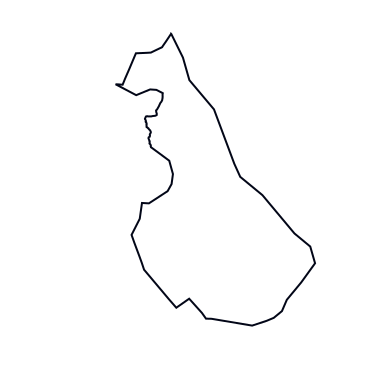 Bayancogt, Töv, Mongolia (Natural Earth projection), rotated 242°
{"feature_id": "93677404B67645027022148", "entity_name": "Bayancogt", "entity_type": "district", "adm_level": 2, "iso_a3": "MNG", "parent_name": "Mongolia", "parent_adm1": "Töv", "projection": "natural_earth1", "projection_center": [106.234, 48.109], "detail": "fine", "context": "isolated", "style": "outline", "palette": "ink", "viewbox_px": 384, "rotation_deg": 242, "n_neighbors": 0, "source": "geoboundaries", "source_scale": "gbopen_adm2", "svg_char_len": 2205}
<svg xmlns="http://www.w3.org/2000/svg" viewBox="0 0 384 384"><g transform="rotate(242 192 192)"><path d="M341.5,247.8L341.4,247.7L340.9,246.7L336.7,238.9L335.9,237.3L334.5,234.6L333.9,233.6L334.2,226.4L334.4,221.1L334.6,220.7L336.4,216.8L340.8,207.6L336.1,201.8L329.9,194.2L323.8,186.5L322.9,185.4L321.7,184.0L319.3,181.1L321.4,177.8L323.0,175.1L303.7,188.2L302.2,203.2L298.9,208.5L293.0,212.6L292.5,212.3L292.1,212.0L291.8,211.7L291.4,211.5L291.0,211.3L290.6,211.2L290.3,211.0L290.1,210.9L289.6,210.5L289.0,210.3L288.3,209.7L287.7,209.2L287.2,208.9L286.8,208.4L286.0,207.2L285.6,206.1L285.2,205.5L284.9,205.1L284.0,203.9L283.4,203.2L282.0,201.0L281.3,199.9L281.0,198.9L280.9,198.6L280.0,198.2L279.1,197.9L277.8,197.7L277.2,197.4L276.5,196.9L276.5,196.3L276.6,195.2L277.3,193.5L277.5,193.0L277.9,191.5L278.8,189.8L279.5,188.5L280.0,188.0L280.1,187.5L280.3,187.0L280.1,186.6L279.8,186.1L279.4,185.7L279.0,185.1L278.7,184.8L278.2,184.7L277.8,184.8L277.2,184.8L276.7,184.7L276.2,184.6L275.9,184.1L275.4,184.0L275.1,184.1L274.8,184.3L274.4,184.1L273.9,184.0L273.5,184.0L273.2,183.9L272.9,183.4L272.5,183.2L272.1,183.1L271.7,183.0L271.3,182.7L271.0,182.5L270.8,182.4L270.5,182.4L270.1,182.8L269.7,183.0L269.0,183.1L268.7,183.4L268.1,183.4L267.6,183.5L266.8,183.7L266.0,184.0L265.5,183.9L264.9,183.9L264.3,183.8L263.8,183.5L263.5,183.0L263.1,182.6L262.9,182.0L262.5,181.7L262.1,181.5L261.6,181.4L261.0,180.9L260.7,180.7L260.7,180.1L260.6,179.4L260.2,179.0L259.6,178.7L259.2,178.7L258.7,178.7L258.0,178.5L257.5,178.5L257.1,178.5L256.7,178.5L256.5,178.3L256.3,178.0L255.9,178.0L255.5,177.8L255.2,177.7L254.7,177.2L254.3,177.3L253.9,177.5L253.6,177.5L253.4,177.6L252.9,177.6L252.4,177.5L252.2,177.3L251.8,177.0L251.4,177.0L250.7,176.8L250.2,177.1L230.3,186.6L216.8,183.6L208.6,177.7L204.2,170.9L202.2,148.6L205.8,142.7L192.9,133.3L182.5,118.5L174.5,117.3L160.1,115.4L153.0,114.4L145.9,113.2L108.5,121.2L97.2,123.8L99.1,139.4L80.6,144.0L73.6,144.9L70.9,149.7L45.8,182.4L43.2,197.5L42.5,205.1L44.6,215.5L52.3,225.1L60.9,246.0L71.3,267.2L88.3,270.8L107.3,263.0L156.2,252.7L182.7,241.7L197.0,242.6L254.6,250.2L292.0,242.2L314.9,247.1L341.2,247.9L341.5,247.8Z" fill="none" stroke="#020617" stroke-width="2"/></g></svg>